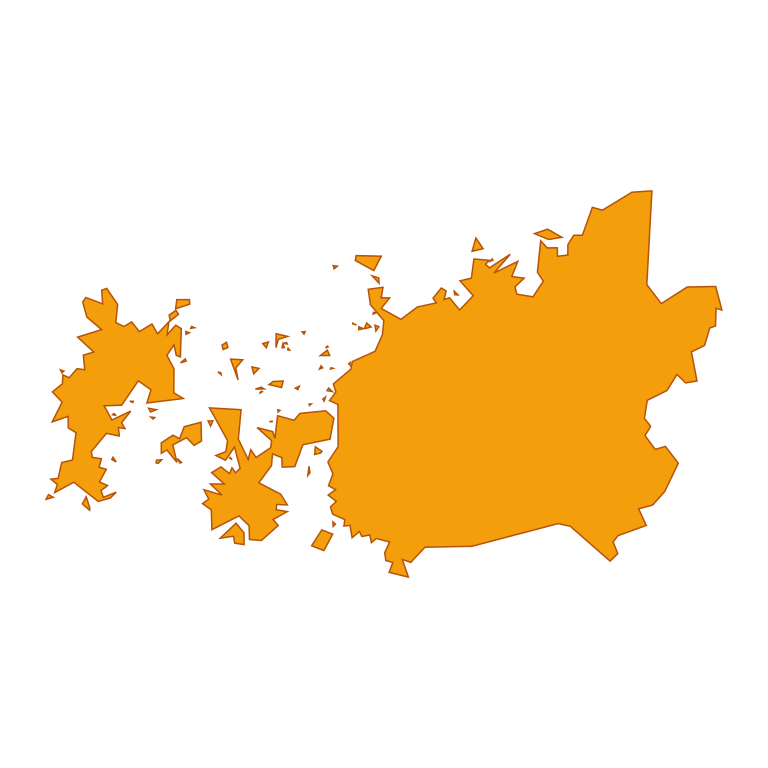 the district of Manggarai Barat, Nusa Tenggara Timur, Indonesia
{"feature_id": "22746128B27819456459641", "entity_name": "Manggarai Barat", "entity_type": "district", "adm_level": 2, "iso_a3": "IDN", "parent_name": "Indonesia", "parent_adm1": "Nusa Tenggara Timur", "projection": "albers", "projection_center": [119.785, -8.574], "detail": "fine", "context": "isolated", "style": "filled", "palette": "amber", "viewbox_px": 768, "rotation_deg": 0, "n_neighbors": 0, "source": "geoboundaries", "source_scale": "gbopen_adm2", "svg_char_len": 6151}
<svg xmlns="http://www.w3.org/2000/svg" viewBox="0 0 768 768"><path d="M651.9,190.9L631.9,192.2L602.4,210.2L592.4,207.3L582.4,235.2L573.7,235.3L567.9,244.6L567.8,255.0L557.5,256.3L557.3,247.8L547.1,247.9L540.7,240.7L537.4,272.2L543.3,281.2L533.0,296.8L516.9,294.2L515.0,286.9L524.1,278.2L511.8,276.5L517.8,261.4L494.0,273.0L510.2,254.3L489.4,267.9L485.5,264.2L489.3,260.3L473.9,259.0L471.4,278.1L460.0,280.8L473.2,295.7L459.6,310.0L449.5,297.7L444.1,299.5L446.1,291.0L441.3,288.0L433.0,298.2L436.3,302.9L417.3,307.0L400.9,319.4L381.2,308.4L389.6,297.9L381.2,297.8L383.0,287.3L368.2,289.3L370.4,304.7L383.8,320.6L382.5,334.4L375.1,351.3L352.4,361.5L350.8,369.2L333.3,384.0L335.9,392.0L329.5,400.6L337.9,404.4L338.1,446.7L327.9,462.0L332.9,473.8L328.5,485.8L335.6,489.6L328.2,495.1L336.3,501.3L330.5,507.0L332.7,514.2L344.8,519.6L343.9,526.1L350.0,525.3L352.1,537.7L359.5,531.5L361.8,536.5L369.8,535.0L371.4,542.6L376.3,538.5L389.6,542.0L384.7,552.7L385.8,560.5L392.8,562.5L389.1,572.4L408.4,577.1L402.3,559.4L410.7,562.4L425.0,547.2L471.9,546.3L558.1,523.6L570.3,526.3L610.1,561.1L617.8,553.6L613.1,542.0L617.9,535.7L646.3,525.4L638.6,508.8L652.6,505.1L664.8,491.4L678.3,463.2L665.4,446.4L655.2,449.4L645.0,435.6L650.7,426.3L644.4,418.4L647.3,400.3L667.0,390.5L677.0,374.5L685.6,382.9L697.0,381.0L691.4,351.9L704.5,345.5L709.8,328.0L715.5,326.0L716.1,308.3L721.9,310.0L715.7,286.5L687.2,287.0L661.3,303.6L646.8,284.6L651.9,190.9ZM106.7,288.4L101.7,290.2L102.6,303.9L85.9,297.5L82.7,302.0L86.9,317.1L101.6,329.6L77.6,337.1L93.7,352.0L83.3,355.2L84.8,369.7L77.0,368.7L69.1,377.8L62.9,374.8L62.4,383.8L52.4,391.9L62.1,402.1L52.2,421.9L68.1,416.4L68.3,428.0L76.0,432.6L72.5,459.9L61.7,462.6L58.1,478.4L50.9,479.2L57.4,484.5L54.7,492.6L73.8,482.2L98.2,501.4L110.3,498.0L116.2,492.2L103.4,497.3L101.0,490.5L107.6,485.6L99.5,481.9L106.3,469.3L99.1,467.2L101.4,458.7L92.3,457.4L91.3,451.6L106.4,433.4L119.3,436.0L118.4,427.5L125.0,428.6L121.6,422.8L130.7,411.1L111.9,420.0L104.2,405.8L121.7,405.2L138.3,380.8L151.0,389.8L146.9,403.0L183.3,398.5L173.8,392.8L174.0,368.8L166.9,355.3L174.0,344.9L176.3,355.4L180.4,356.9L181.3,328.6L175.7,325.2L167.1,334.8L168.9,321.7L157.6,333.8L152.0,324.0L139.3,331.6L131.7,321.9L123.9,326.5L115.8,322.6L117.6,304.4L106.7,288.4ZM241.1,409.7L209.5,407.9L227.5,440.5L225.9,451.6L215.9,455.5L225.5,460.3L234.5,447.0L240.1,468.4L235.6,472.8L232.0,467.8L229.6,473.6L221.0,466.9L211.6,472.6L224.3,484.0L210.4,484.0L222.0,495.1L203.9,489.7L208.8,499.1L202.5,503.6L211.3,509.8L211.9,529.7L238.9,515.9L249.1,525.7L249.5,539.5L261.4,540.5L278.2,525.5L273.1,519.5L287.2,511.6L276.2,509.7L276.7,504.5L287.3,504.9L280.7,494.2L258.8,482.8L271.5,465.6L272.5,453.9L281.8,457.6L282.2,467.1L294.8,466.6L302.9,444.7L330.0,439.2L333.9,418.2L325.7,410.8L299.9,413.4L294.1,420.3L277.6,415.7L274.9,438.4L272.7,431.6L257.1,427.6L271.6,440.6L270.7,447.6L256.1,457.5L250.8,449.7L248.2,459.5L238.3,439.1L241.1,409.7ZM201.0,422.2L184.2,426.7L179.6,438.7L172.9,435.2L161.3,442.8L161.3,453.3L166.9,450.0L176.9,462.3L172.8,444.9L186.6,437.7L194.1,445.4L201.5,441.0L201.0,422.2ZM321.8,529.9L311.6,545.8L323.9,550.6L332.7,534.1L321.8,529.9ZM236.1,523.2L220.2,538.2L233.5,536.2L234.7,543.2L244.1,544.6L244.0,532.9L236.1,523.2ZM381.3,256.2L356.2,255.6L355.3,260.5L373.8,270.6L381.3,256.2ZM547.6,229.2L534.5,233.6L548.6,239.5L561.9,237.3L547.6,229.2ZM287.7,336.4L276.1,333.7L276.0,347.6L278.3,339.4L287.7,336.4ZM242.7,359.8L230.6,359.1L238.1,380.0L235.8,367.9L242.7,359.8ZM483.1,248.7L475.9,238.0L472.1,251.3L483.1,248.7ZM283.2,381.0L273.1,381.5L269.0,384.6L281.6,387.5L283.2,381.0ZM189.4,299.6L176.8,299.6L175.6,308.8L189.8,304.1L189.4,299.6ZM175.9,310.4L169.2,315.0L170.3,320.8L178.5,314.3L175.9,310.4ZM86.2,496.8L82.3,503.9L89.6,510.2L89.7,507.6L86.2,496.8ZM327.3,350.2L320.3,355.6L329.7,355.5L327.3,350.2ZM259.0,368.4L251.9,366.9L253.7,373.8L259.0,368.4ZM156.4,409.7L148.6,408.3L150.5,412.0L156.4,409.7ZM315.3,446.8L314.7,454.5L320.9,452.9L321.9,451.3L315.3,446.8ZM185.3,358.9L180.5,362.8L186.1,361.1L185.3,358.9ZM212.9,420.8L208.1,421.0L210.6,426.1L212.9,420.8ZM375.0,325.2L375.9,331.0L378.9,326.7L375.0,325.2ZM266.3,347.8L268.4,342.0L262.8,343.6L266.3,347.8ZM226.5,342.3L222.0,345.1L223.1,349.5L227.9,347.6L226.5,342.3ZM261.1,387.2L255.4,389.1L264.1,388.9L261.1,387.2ZM53.3,497.3L48.5,494.6L46.1,499.3L53.3,497.3ZM332.4,391.6L328.6,388.0L327.0,390.7L332.4,391.6ZM378.7,278.0L372.2,275.9L379.0,283.2L378.7,278.0ZM371.1,326.9L366.7,323.0L364.6,328.0L365.5,328.6L371.1,326.9ZM334.1,268.8L337.3,266.2L333.2,265.7L334.1,268.8ZM299.3,386.2L295.3,388.2L297.9,389.6L299.3,386.2ZM181.5,462.5L177.3,458.6L179.9,463.0L181.5,462.5ZM324.1,401.1L325.5,397.1L322.8,399.1L324.1,401.1ZM116.2,461.9L113.0,457.2L111.8,459.5L116.2,461.9ZM307.8,475.5L310.0,472.7L309.0,466.3L307.8,475.5ZM161.7,459.8L156.4,460.2L156.2,463.0L158.3,463.3L161.7,459.8ZM189.4,332.6L185.8,331.5L186.1,334.4L189.4,332.6ZM458.0,294.9L454.3,291.2L454.6,294.7L458.0,294.9ZM284.4,347.6L282.9,343.8L282.0,347.7L284.4,347.6ZM305.1,331.6L302.2,331.9L304.0,334.1L305.1,331.6ZM190.8,328.3L194.5,327.7L191.6,326.4L190.8,328.3ZM363.5,328.7L358.8,326.8L358.7,329.7L363.5,328.7ZM335.4,524.1L332.9,521.9L333.2,526.4L335.4,524.1ZM319.5,369.0L322.7,367.8L321.1,365.8L319.5,369.0ZM373.1,314.1L375.8,312.9L373.5,312.3L373.1,314.1ZM116.2,415.5L113.8,413.5L112.5,414.7L116.2,415.5ZM259.4,393.5L262.3,391.7L261.4,391.2L259.4,393.5ZM325.6,348.0L328.1,346.8L327.2,346.1L325.6,348.0ZM232.1,459.6L230.2,457.4L229.7,458.1L232.1,459.6ZM356.5,325.1L352.7,323.2L352.7,323.8L356.5,325.1ZM286.5,342.5L283.5,343.4L287.2,344.0L286.5,342.5ZM309.5,405.5L311.3,404.0L309.1,404.0L309.5,405.5ZM278.1,412.0L280.0,410.4L277.8,409.8L278.1,412.0ZM63.9,371.1L60.4,369.9L61.9,372.8L63.9,371.1ZM287.7,349.9L289.6,350.2L288.1,348.2L287.7,349.9ZM490.7,261.1L492.9,260.1L492.2,258.9L490.7,261.1ZM350.0,365.1L350.2,362.6L348.7,363.8L350.0,365.1ZM133.3,401.3L129.7,401.2L132.9,402.5L133.3,401.3ZM154.7,417.5L150.9,417.1L153.1,419.0L154.7,417.5ZM272.0,421.1L269.3,421.8L272.2,421.6L272.0,421.1ZM220.8,372.8L217.9,371.9L221.2,374.7L220.8,372.8ZM330.5,369.0L333.1,368.3L331.1,367.7L330.5,369.0Z" fill="#f59e0b" stroke="#b45309" stroke-width="1.5"/></svg>